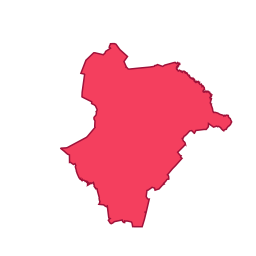 Aizputes pag., Aizputes, Latvia (orthographic projection), rotated 312°
{"feature_id": "27541924B9669965867606", "entity_name": "Aizputes pag.", "entity_type": "district", "adm_level": 2, "iso_a3": "LVA", "parent_name": "Latvia", "parent_adm1": "Aizputes", "projection": "orthographic", "projection_center": [21.546, 56.696], "detail": "fine", "context": "isolated", "style": "filled", "palette": "rose", "viewbox_px": 256, "rotation_deg": 312, "n_neighbors": 0, "source": "geoboundaries", "source_scale": "gbopen_adm2", "svg_char_len": 5844}
<svg xmlns="http://www.w3.org/2000/svg" viewBox="0 0 256 256"><g transform="rotate(312 128 128)"><path d="M190.0,201.0L190.4,200.8L191.2,200.9L191.8,201.3L192.4,201.4L192.8,201.9L194.2,201.5L196.5,201.4L197.1,201.7L198.0,201.8L200.0,201.6L200.8,201.1L201.3,201.2L202.0,200.8L202.6,199.1L203.4,197.7L203.3,196.1L203.6,195.1L204.4,194.2L204.1,193.9L204.0,193.3L203.2,192.3L202.1,192.2L202.0,191.3L201.0,191.3L201.2,190.7L201.0,189.8L200.8,189.6L199.6,187.0L199.2,184.8L197.8,182.0L197.1,181.7L196.9,181.3L197.1,181.2L197.1,180.5L197.3,179.8L199.0,177.7L200.5,174.9L201.1,173.9L201.6,173.9L201.4,173.0L201.7,172.3L202.6,172.0L203.5,171.2L204.2,171.1L205.5,170.4L204.8,169.7L205.3,169.1L205.5,168.6L205.8,168.9L206.6,168.3L206.7,168.6L206.6,168.9L206.8,168.9L207.5,168.7L207.6,168.3L208.4,168.2L207.8,167.5L207.9,167.2L208.4,167.2L208.3,166.7L208.7,166.5L208.6,166.4L208.7,166.0L208.4,165.9L208.4,165.7L209.0,164.9L208.6,164.7L208.7,164.3L208.9,164.2L209.0,163.9L208.6,163.3L208.9,163.0L208.9,162.8L208.4,162.4L208.2,162.9L208.0,162.5L207.7,162.5L207.9,162.2L207.9,161.9L207.5,161.9L207.4,161.1L207.1,161.1L206.9,161.3L206.5,160.9L206.3,161.1L205.9,160.9L205.8,160.6L205.9,160.4L205.4,160.1L205.5,160.0L205.3,159.6L205.6,159.1L206.4,158.8L207.3,159.1L207.3,158.9L207.9,158.9L208.0,158.6L208.3,158.5L208.6,158.0L209.0,157.7L209.1,157.0L209.2,156.7L209.4,156.0L209.4,155.8L209.2,155.8L209.3,155.6L208.7,155.3L209.3,155.1L209.1,154.8L209.2,154.5L209.0,154.4L209.7,153.1L209.4,152.9L209.0,153.0L209.0,152.7L208.5,152.1L208.9,151.0L209.6,150.7L209.0,150.2L209.6,149.6L209.2,149.3L209.5,148.9L208.7,148.5L208.3,148.5L208.4,148.1L207.8,148.3L207.6,147.9L207.2,147.9L207.1,147.4L207.9,146.8L207.8,146.3L207.2,146.3L207.1,146.1L207.2,145.9L207.7,145.8L207.6,145.3L207.7,145.1L208.5,145.0L208.6,144.7L208.5,143.7L208.3,143.5L208.4,143.2L207.8,143.4L207.8,143.0L208.1,143.0L208.0,142.6L207.5,142.6L207.7,141.8L207.4,141.4L207.2,141.5L207.1,141.2L207.4,140.5L207.0,140.2L207.3,139.3L207.3,138.9L207.7,139.0L208.1,138.5L208.1,137.9L207.5,137.2L207.5,136.8L207.7,136.6L207.9,136.1L207.8,135.5L208.0,135.6L208.4,135.4L208.3,135.0L207.9,134.7L208.1,134.3L207.2,133.7L207.2,133.4L207.3,133.2L208.0,132.9L208.0,132.7L207.8,132.4L207.8,132.0L207.7,131.8L207.7,131.5L206.9,131.0L206.7,131.0L206.5,130.7L206.2,130.6L206.0,130.8L206.0,130.5L206.3,130.1L206.1,129.7L205.6,130.4L205.5,130.2L205.4,129.8L205.7,129.7L205.7,129.2L205.5,128.5L205.4,128.4L205.5,127.6L205.4,127.5L204.0,127.2L204.5,125.2L204.9,124.7L204.3,124.7L204.5,124.3L205.2,124.2L205.5,123.9L206.9,124.2L206.8,123.9L206.5,123.6L206.1,123.5L206.0,123.3L207.6,123.2L208.0,123.6L208.5,123.7L209.2,122.8L209.4,122.8L209.7,123.7L209.9,123.9L210.2,123.7L210.6,123.0L210.5,122.9L209.8,122.9L209.8,122.4L209.9,121.8L209.8,121.6L210.0,121.2L209.9,121.0L209.1,121.2L208.4,121.0L208.2,120.1L208.4,119.6L208.3,119.1L207.8,118.9L207.7,118.6L199.3,113.2L197.0,112.6L194.8,107.4L193.1,107.0L192.8,106.4L192.3,106.1L191.5,106.3L190.3,105.4L187.6,103.2L180.0,96.2L172.6,89.5L172.0,88.7L172.2,86.4L171.9,85.7L172.4,85.6L174.7,80.5L180.8,79.8L180.8,69.8L181.0,68.5L182.2,63.0L182.1,62.6L181.5,61.3L181.3,61.3L180.9,60.6L178.9,58.6L178.2,59.1L177.3,59.1L175.4,60.0L175.7,61.1L175.6,61.6L169.9,60.1L168.5,60.7L165.9,60.6L161.7,53.0L160.9,52.2L150.2,51.4L137.1,56.4L138.8,59.4L138.8,59.9L123.9,70.0L120.4,72.9L120.4,73.3L123.2,83.4L122.9,83.8L122.0,84.3L121.9,84.6L121.9,85.1L122.5,86.8L122.7,88.9L121.1,92.6L120.0,93.4L118.9,93.3L118.3,94.3L116.4,95.5L115.2,95.6L113.2,95.6L111.9,96.7L111.2,98.7L106.8,102.3L106.5,103.1L95.0,103.5L93.3,103.4L72.8,96.0L71.7,95.2L68.5,92.0L68.1,91.7L67.8,91.8L68.1,96.7L68.0,98.3L68.1,98.6L68.1,100.5L68.8,102.5L63.3,107.6L63.9,108.0L64.1,109.4L64.4,111.9L66.0,112.4L65.3,114.2L63.9,114.8L62.0,117.9L61.4,118.4L61.2,118.9L60.1,120.8L58.3,124.8L58.1,126.0L58.5,126.2L58.4,126.4L58.7,126.6L58.0,126.9L58.1,127.2L58.1,127.5L58.3,128.0L58.5,128.4L58.3,128.5L58.5,128.5L58.1,128.8L58.1,129.0L58.3,128.9L58.6,129.1L58.8,129.0L59.0,129.4L59.7,130.3L60.0,131.6L59.7,131.9L60.1,132.3L60.3,132.8L60.5,132.7L60.6,133.1L60.8,133.1L60.9,133.3L61.0,133.5L60.9,134.3L60.5,133.8L60.0,133.8L60.0,134.2L60.1,135.0L59.0,135.7L59.0,136.0L58.8,136.1L59.4,136.2L59.0,136.5L60.0,136.8L60.7,136.2L60.9,136.2L61.0,136.4L60.9,136.8L61.0,137.1L61.3,137.1L61.6,136.7L61.8,136.6L62.2,137.1L61.9,137.6L62.0,137.8L62.5,138.1L62.8,138.0L63.1,138.3L63.8,138.5L64.0,138.9L64.3,138.9L63.8,139.8L63.3,140.0L63.4,140.3L63.2,140.6L63.0,141.1L62.0,141.8L61.7,143.1L61.9,143.7L61.4,144.1L61.2,144.6L61.4,145.0L61.9,145.2L62.1,145.7L61.0,147.1L57.0,153.3L56.4,153.6L55.1,155.2L54.7,156.2L52.9,157.2L51.8,157.4L54.6,161.3L54.7,163.3L55.1,164.7L55.4,164.5L56.2,164.8L48.3,173.9L48.8,175.3L46.3,175.1L45.4,178.5L45.6,179.5L47.2,180.2L49.4,180.6L55.7,185.2L54.9,186.6L55.0,188.2L55.5,188.8L56.7,187.7L57.4,188.8L58.2,189.4L60.0,192.5L60.4,193.5L59.9,194.8L57.8,197.5L64.1,204.6L71.1,201.3L76.7,198.3L76.7,197.2L77.0,197.0L77.5,197.9L89.3,191.4L88.7,191.0L88.7,190.2L88.5,189.8L89.2,187.4L94.2,183.9L95.7,184.7L97.0,184.8L97.8,185.2L100.0,185.5L101.1,188.0L99.9,189.7L103.5,191.8L108.8,191.8L110.6,192.4L110.6,191.5L113.4,191.7L115.6,191.4L116.4,191.6L117.2,192.5L117.6,192.3L119.3,190.5L119.7,189.4L119.6,188.6L127.6,188.3L131.9,188.5L141.6,188.4L141.5,188.0L141.6,186.5L142.9,186.1L142.6,185.4L142.7,183.9L143.2,181.1L151.5,181.6L154.1,181.5L154.1,181.8L155.0,180.6L155.3,179.8L155.4,179.3L155.3,178.1L156.6,175.3L157.6,175.8L158.2,175.6L158.7,175.3L159.6,175.2L160.3,175.6L161.2,175.5L161.8,175.8L166.8,175.8L167.3,175.9L168.7,177.1L168.6,178.0L168.5,180.6L168.4,180.8L168.5,180.9L171.6,180.1L177.7,185.4L179.3,187.1L182.7,186.9L185.2,184.8L185.9,191.0L188.5,192.5L188.8,192.8L188.9,193.8L189.9,194.3L190.2,196.1L190.1,196.9L190.2,197.0L189.9,197.7L189.8,199.9L190.0,201.0Z" fill="#f43f5e" stroke="#9f1239" stroke-width="1.5"/></g></svg>